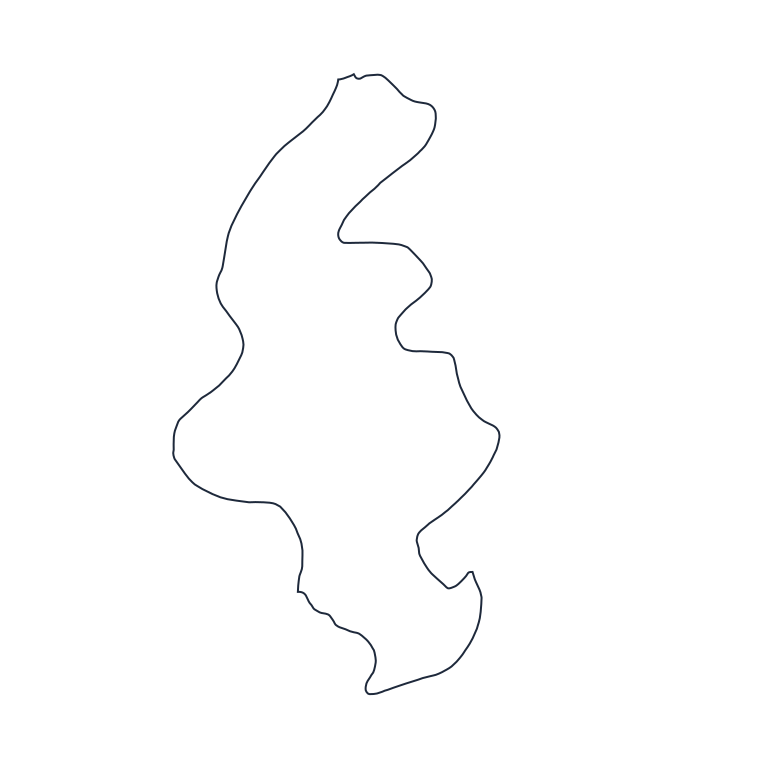 Ly Nhan, Hà Nam, Vietnam, rotated 225°
{"feature_id": "81297802B63925273406451", "entity_name": "Ly Nhan", "entity_type": "district", "adm_level": 2, "iso_a3": "VNM", "parent_name": "Vietnam", "parent_adm1": "Hà Nam", "projection": "natural_earth1", "projection_center": [106.086, 20.548], "detail": "fine", "context": "isolated", "style": "outline", "palette": "slate", "viewbox_px": 768, "rotation_deg": 225, "n_neighbors": 0, "source": "geoboundaries", "source_scale": "gbopen_adm2", "svg_char_len": 6166}
<svg xmlns="http://www.w3.org/2000/svg" viewBox="0 0 768 768"><g transform="rotate(225 384 384)"><path d="M527.1,538.3L526.2,545.1L525.4,551.1L524.7,554.9L523.8,560.7L523.6,563.5L523.3,567.9L523.2,569.4L523.1,571.5L523.2,574.2L523.1,576.2L523.3,580.9L523.7,583.2L524.9,587.8L525.8,591.0L526.9,594.6L527.9,597.3L528.8,599.5L529.7,601.2L530.7,602.7L531.4,603.7L535.0,608.3L536.8,610.0L538.8,611.8L540.4,612.9L542.1,613.6L543.7,614.0L545.2,614.2L547.0,614.2L548.8,613.9L550.7,613.2L552.7,612.1L558.3,608.0L560.0,606.8L561.9,605.6L563.9,604.6L565.9,603.9L570.3,602.5L574.1,601.5L575.9,601.5L579.6,601.5L583.5,601.8L588.8,601.8L595.6,601.7L599.6,601.5L602.3,601.0L603.4,600.7L604.3,600.4L605.5,599.6L607.2,598.2L610.3,594.6L611.8,592.9L613.2,591.2L614.6,589.5L615.4,587.8L616.1,585.5L616.4,584.2L616.9,582.9L617.9,581.8L619.0,581.1L619.8,580.8L620.8,580.8L621.2,580.8L624.4,581.7L624.9,579.8L625.7,577.7L627.1,574.8L627.9,573.0L628.7,571.3L630.6,568.2L631.7,567.0L630.3,565.1L628.6,562.3L627.4,559.6L626.1,556.3L624.7,552.3L623.3,548.6L622.0,544.8L620.7,540.2L620.1,536.7L619.6,533.1L619.5,528.9L619.7,525.9L619.8,518.1L619.7,513.8L619.7,509.5L619.9,505.6L621.1,496.0L621.7,491.3L622.2,487.0L622.7,481.9L622.8,476.5L622.8,470.4L622.5,467.6L621.4,459.4L619.4,448.5L618.3,443.0L617.0,434.9L615.6,428.3L615.0,425.6L614.3,422.9L613.7,420.6L610.7,409.2L608.0,400.2L603.8,388.1L600.5,380.9L598.8,378.0L596.0,373.6L586.6,360.6L581.4,353.3L580.5,351.9L579.9,350.7L579.2,349.3L578.5,347.0L577.7,344.7L576.8,342.7L574.5,338.2L573.9,337.3L572.3,335.3L570.4,333.5L568.3,331.8L566.1,330.2L561.4,327.5L556.4,325.5L552.4,324.6L547.3,324.0L541.2,323.0L531.4,321.7L527.7,321.1L525.2,320.4L519.3,317.9L516.0,316.0L513.7,314.5L511.1,312.4L509.0,309.8L506.5,306.1L505.3,303.4L502.1,293.9L500.8,289.3L500.1,285.6L499.6,280.4L499.7,276.4L499.6,271.1L499.5,266.3L499.9,262.7L500.3,258.9L500.7,255.8L501.9,249.9L502.7,246.7L503.0,245.1L503.1,243.5L503.1,241.9L503.0,239.8L502.9,235.2L502.8,230.2L502.8,227.9L502.8,225.6L503.1,219.6L503.3,216.0L503.3,215.2L503.3,214.3L503.1,213.2L502.8,211.8L500.9,207.6L498.8,203.1L497.4,200.9L495.2,198.0L490.2,192.7L486.2,188.8L485.6,188.0L484.9,187.0L484.2,186.1L483.4,185.5L482.4,184.7L480.1,183.4L478.9,182.9L461.4,179.9L455.1,179.1L450.0,179.0L446.7,179.2L444.1,179.8L438.1,181.3L427.4,184.9L419.6,188.2L413.2,191.9L406.0,197.1L395.7,205.0L391.3,209.7L385.4,215.3L380.9,219.2L378.1,221.2L375.8,222.4L370.7,223.9L363.0,223.6L355.6,222.4L347.9,220.6L344.0,219.4L339.6,217.4L333.6,215.1L329.5,212.8L324.0,208.7L320.5,205.2L316.9,201.4L312.9,197.3L311.2,195.0L309.8,192.2L308.5,189.3L307.9,188.2L305.1,184.5L302.2,180.9L297.9,176.1L296.5,177.5L295.2,178.4L294.2,178.9L293.3,179.2L292.2,179.4L291.2,179.4L289.9,179.3L285.0,177.6L283.7,177.1L281.7,176.6L279.0,176.4L275.2,175.5L273.9,175.5L271.5,176.1L268.1,177.0L266.3,177.9L262.9,180.3L261.6,181.0L260.3,181.6L258.9,181.8L257.7,181.7L253.6,181.0L251.4,180.5L250.0,180.0L249.2,179.8L248.4,179.6L247.5,179.6L246.4,179.8L245.2,180.0L243.4,180.6L237.7,183.4L234.1,184.8L233.1,185.2L229.8,187.1L227.3,188.8L225.7,189.6L224.7,189.9L221.8,190.4L215.8,190.8L213.0,190.7L208.7,190.1L205.1,189.1L202.9,188.6L200.6,187.3L196.8,184.7L194.2,182.6L192.8,181.0L190.7,178.0L188.8,174.9L187.6,172.3L187.1,169.1L186.5,166.9L185.6,162.5L184.7,159.9L182.7,156.8L181.4,155.4L180.3,154.5L178.6,153.9L177.7,153.8L176.9,153.8L176.3,153.8L175.6,154.1L174.8,154.6L172.1,157.5L170.1,160.2L167.6,165.2L166.6,167.7L165.1,170.4L162.5,176.0L159.0,183.1L156.6,187.9L150.8,199.0L148.7,203.4L144.8,209.9L143.0,212.8L141.7,215.0L140.4,218.0L139.2,221.3L138.4,224.1L137.8,226.1L137.0,229.2L136.5,232.0L136.3,239.0L136.7,244.3L137.2,248.3L137.7,250.8L138.2,253.1L138.9,257.0L139.8,261.1L141.5,266.9L145.3,276.7L146.9,279.6L148.5,282.6L150.7,286.2L154.5,291.2L157.9,295.2L159.6,297.2L161.9,299.7L163.8,301.8L164.7,302.5L166.0,303.3L168.5,304.9L171.1,306.1L175.7,307.8L178.7,308.9L181.7,310.1L188.5,313.7L190.0,312.1L190.7,311.0L190.8,310.5L190.9,309.9L190.8,309.3L190.2,306.4L190.0,303.6L189.9,299.2L190.0,295.1L190.3,292.5L190.8,290.8L191.8,288.5L192.4,287.2L193.3,285.7L194.1,284.9L194.9,284.6L196.3,284.4L200.4,284.4L208.6,283.9L215.4,283.6L216.9,283.6L221.1,284.0L223.8,284.5L228.8,285.6L237.0,288.0L239.0,288.9L239.7,289.4L243.6,292.6L248.9,295.5L250.1,296.3L250.8,297.1L252.7,299.8L253.5,301.5L253.8,302.3L254.0,303.3L254.1,304.1L254.2,306.8L253.7,311.7L253.4,316.5L253.4,317.4L253.2,318.4L252.3,323.3L251.6,326.8L250.6,332.2L250.1,336.9L249.7,339.8L249.5,345.4L249.2,350.7L249.2,351.6L249.1,353.9L249.1,357.8L249.0,363.7L249.2,369.3L249.3,373.4L249.6,376.4L249.9,381.0L250.1,383.6L250.5,388.3L250.8,390.9L250.9,391.8L251.4,394.8L252.1,397.6L253.1,401.8L253.8,404.4L255.4,409.4L256.0,410.9L258.1,417.2L259.1,419.0L261.7,423.6L264.5,427.7L266.1,429.4L268.8,431.3L270.2,431.7L272.0,432.1L273.8,432.3L275.7,432.1L277.8,431.6L281.1,430.4L285.1,429.0L287.1,428.4L289.9,428.0L293.2,427.6L296.9,427.6L301.8,428.0L305.0,428.5L309.0,429.6L313.6,430.9L328.0,436.1L331.6,437.9L334.9,439.9L339.8,442.8L346.4,447.6L351.6,450.8L353.3,451.7L354.6,451.9L356.8,452.1L359.2,451.8L360.7,451.0L365.2,447.8L367.9,445.3L373.1,440.5L376.4,437.6L381.4,433.0L384.2,430.0L387.1,427.4L391.1,424.8L393.4,423.6L394.3,423.3L395.3,423.1L396.1,423.1L397.1,423.1L400.5,423.7L405.6,425.1L410.3,427.5L413.7,430.1L416.1,432.3L418.0,434.5L419.0,436.3L419.9,438.4L420.6,440.3L420.8,441.3L421.1,445.2L421.5,452.0L421.4,454.3L421.1,459.4L420.2,465.5L419.7,470.6L419.5,477.1L419.6,482.2L419.9,485.2L420.2,486.2L421.0,487.8L422.6,490.1L424.4,492.0L426.3,493.1L429.8,494.7L431.8,495.1L435.4,495.7L441.7,496.9L444.9,497.1L454.0,497.4L460.6,497.5L463.3,497.4L464.3,497.2L466.3,496.3L469.9,494.6L472.2,493.2L476.5,489.8L482.0,485.0L485.0,482.4L492.6,475.4L498.3,469.5L503.0,464.7L507.9,459.6L511.6,456.0L512.5,455.3L513.7,454.9L514.9,454.7L516.9,454.8L518.6,455.1L520.3,455.9L521.8,457.0L523.2,458.5L524.5,460.8L525.2,462.7L526.4,466.6L528.3,471.7L529.0,475.8L529.6,480.1L529.8,486.4L529.9,489.5L529.7,496.2L529.8,499.4L529.6,503.3L529.4,509.6L528.8,515.2L528.7,520.6L528.9,523.6L528.6,525.9L527.8,532.3L527.3,536.5L527.1,538.3Z" fill="none" stroke="#1e293b" stroke-width="2"/></g></svg>